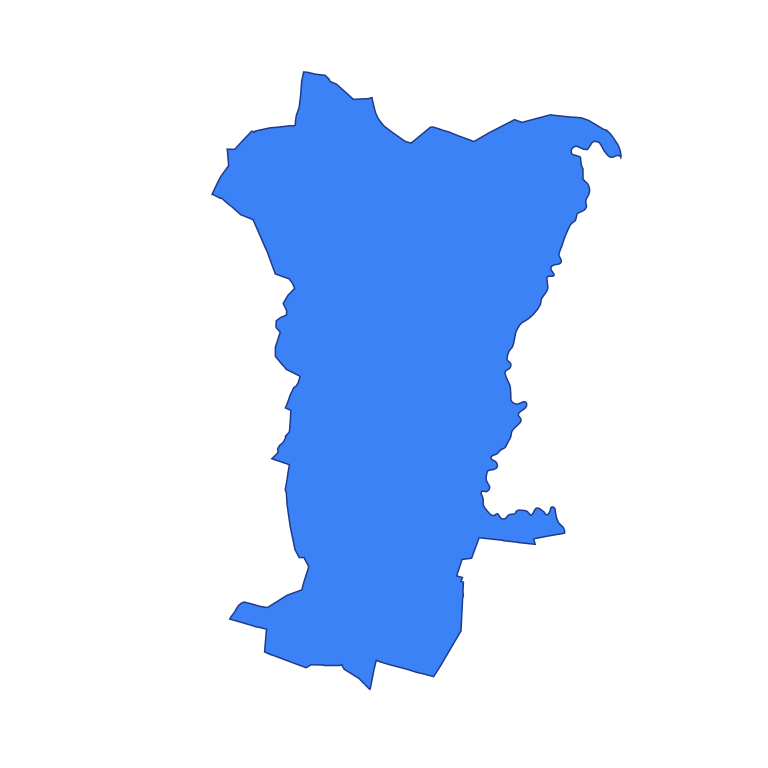 Sokolku pag., Vilanu, Latvia, rotated 192°
{"feature_id": "27541924B1096385045081", "entity_name": "Sokolku pag.", "entity_type": "district", "adm_level": 2, "iso_a3": "LVA", "parent_name": "Latvia", "parent_adm1": "Vilanu", "projection": "orthographic", "projection_center": [26.989, 56.509], "detail": "fine", "context": "isolated", "style": "filled", "palette": "blue", "viewbox_px": 768, "rotation_deg": 192, "n_neighbors": 0, "source": "geoboundaries", "source_scale": "gbopen_adm2", "svg_char_len": 6156}
<svg xmlns="http://www.w3.org/2000/svg" viewBox="0 0 768 768"><g transform="rotate(192 384 384)"><path d="M591.6,533.7L590.8,533.8L582.7,531.6L581.8,532.0L581.6,532.0L574.4,528.0L569.8,525.8L559.3,519.8L546.2,517.5L528.5,492.7L525.6,488.9L516.4,474.1L513.8,470.1L513.3,469.1L498.7,467.1L494.8,463.8L491.3,459.1L492.5,457.0L494.1,454.5L494.9,452.9L496.2,451.2L499.2,442.4L499.3,441.6L494.6,435.8L493.7,431.3L498.8,427.6L502.5,423.6L501.8,418.4L501.1,416.6L496.3,413.2L497.9,397.4L496.2,389.2L495.8,388.3L488.4,382.4L483.8,379.2L483.8,378.8L482.6,378.0L469.1,374.5L467.6,373.9L468.4,366.2L468.6,366.2L469.3,364.1L470.5,362.8L471.6,361.4L471.9,360.6L472.1,359.4L472.2,358.4L472.9,356.1L473.3,354.6L474.6,344.8L475.5,340.1L469.7,338.9L468.1,329.1L466.7,318.5L466.7,317.5L467.1,316.6L469.6,312.3L468.9,311.8L469.9,307.7L470.6,305.9L471.0,305.0L473.2,302.6L474.5,298.8L473.5,294.5L478.2,287.6L459.9,285.4L459.7,284.2L459.5,277.6L458.9,270.0L458.7,260.2L456.8,256.9L453.8,246.1L446.2,225.3L436.7,203.7L436.1,202.8L430.8,196.6L425.8,197.6L425.2,196.3L419.8,190.0L419.9,186.2L421.2,173.8L421.6,165.5L434.8,157.3L451.5,141.1L458.8,140.7L470.3,141.5L475.7,141.6L478.2,139.7L480.3,137.0L481.8,133.0L482.6,130.1L485.4,124.2L486.0,122.0L463.6,120.4L457.9,119.8L454.1,120.2L454.0,119.9L447.9,119.8L447.6,116.5L445.1,97.1L438.1,95.6L437.4,95.7L401.2,90.3L397.0,94.2L385.0,96.5L384.1,96.2L370.4,99.1L368.3,99.7L367.0,100.7L366.4,99.8L363.6,96.7L347.3,90.8L335.0,82.7L334.1,82.6L334.1,82.9L334.4,103.5L334.1,112.1L331.4,111.6L321.9,110.7L301.4,109.7L291.8,108.7L286.8,108.7L274.6,108.1L269.8,121.0L257.9,157.0L257.3,157.9L262.5,190.5L262.4,193.8L263.5,196.9L263.7,197.2L263.6,197.3L265.1,206.7L267.7,206.8L267.0,211.0L273.0,211.4L271.2,228.6L262.1,231.8L259.0,253.4L234.4,255.9L234.4,255.6L219.4,257.1L219.4,256.9L202.8,258.6L204.3,261.6L205.4,263.1L204.7,264.0L192.4,269.2L176.4,275.6L176.6,277.5L178.2,280.2L179.1,281.2L183.8,284.1L185.2,285.6L186.3,287.2L187.4,289.1L188.6,291.6L190.2,295.6L190.7,297.3L192.1,298.6L194.0,298.8L195.0,297.9L195.2,297.0L195.1,295.3L195.4,292.9L196.0,291.5L196.4,290.7L197.2,290.1L198.2,289.8L199.4,290.5L200.1,291.4L201.1,292.3L202.5,292.8L205.3,294.2L206.8,294.6L208.8,294.4L209.5,293.9L210.4,292.1L211.2,289.2L212.0,287.1L212.5,286.3L213.3,286.3L214.2,286.7L217.0,288.9L218.2,289.3L219.5,289.5L225.8,288.8L227.7,287.6L228.1,286.9L228.7,285.0L229.1,284.3L229.9,283.8L232.9,282.9L234.7,281.9L235.8,280.5L236.4,278.8L237.2,277.8L237.8,277.3L240.1,276.6L241.1,276.7L241.8,277.2L242.9,278.1L244.4,279.6L245.5,280.5L246.3,280.6L247.0,280.2L249.1,278.1L251.3,277.9L252.6,278.4L256.3,281.0L259.0,283.2L260.4,284.5L261.3,285.8L262.0,287.1L262.9,291.4L263.7,293.3L264.9,295.2L266.2,296.7L266.4,298.0L265.9,299.4L264.1,299.9L262.7,299.8L261.6,300.0L260.6,300.6L259.3,302.4L259.1,303.8L259.1,304.6L259.3,305.5L260.3,306.8L262.5,309.2L263.8,311.1L264.5,312.8L264.7,314.5L264.9,318.1L264.7,319.5L264.3,320.6L263.8,321.2L258.9,323.2L256.6,325.1L256.2,326.0L256.1,327.2L256.3,328.3L256.9,329.5L257.8,330.6L258.9,331.4L262.6,332.4L263.3,332.9L263.8,333.6L264.0,334.6L263.8,335.4L263.1,336.3L262.4,336.9L259.4,338.8L258.4,339.8L256.6,343.1L255.7,344.2L253.2,346.1L252.0,347.8L250.1,354.9L249.4,356.7L249.0,359.1L249.2,362.8L249.0,364.5L248.0,366.9L243.0,374.2L242.4,375.9L242.3,376.8L242.7,377.9L243.5,379.0L245.7,380.7L246.1,381.6L246.2,382.9L245.8,384.3L242.0,388.4L240.8,389.9L240.2,391.5L240.0,392.6L240.2,393.6L240.5,394.8L241.3,395.5L242.0,395.8L243.0,395.9L244.0,395.6L248.1,392.7L249.4,392.0L250.9,391.9L252.3,392.0L253.8,392.4L255.2,393.3L256.3,394.4L256.9,395.9L257.2,397.8L259.6,406.6L260.7,409.1L266.2,416.5L267.8,419.6L267.9,420.7L267.8,421.7L267.3,422.7L265.0,424.7L264.1,425.8L263.8,427.0L263.7,428.1L263.9,429.3L264.3,430.2L265.0,431.0L267.8,432.6L268.8,433.5L269.0,434.5L269.1,438.4L268.5,442.1L267.8,443.7L266.7,445.7L266.0,447.4L265.7,450.5L265.8,461.6L265.5,463.6L264.9,466.0L263.5,469.9L262.6,471.6L261.7,472.7L258.6,475.5L256.9,477.2L254.6,480.0L252.3,483.3L249.3,489.0L248.1,492.6L247.5,494.7L247.7,497.9L247.7,500.2L244.6,507.3L243.8,510.1L243.7,511.3L244.0,513.3L246.7,521.2L246.5,522.4L245.7,523.6L241.3,524.5L240.6,525.2L240.2,525.9L240.6,526.8L244.4,530.6L244.9,532.5L244.6,533.9L243.6,534.9L242.4,535.8L237.4,538.0L236.5,539.0L235.9,540.4L236.5,542.2L239.1,545.5L240.0,547.2L239.4,552.7L238.7,556.1L237.7,565.2L236.2,572.8L235.0,578.0L233.9,579.9L233.0,581.2L230.8,583.6L230.6,585.4L230.5,590.3L229.9,591.4L225.8,594.5L224.4,595.7L223.5,597.0L222.9,598.8L222.8,599.8L224.6,604.3L224.7,606.3L224.5,607.4L223.1,611.9L223.0,614.3L223.1,616.0L223.4,617.2L224.4,619.3L225.4,621.0L226.7,622.4L229.9,624.2L231.3,625.5L232.3,626.1L232.2,627.1L234.1,635.8L235.7,637.9L236.6,639.5L238.5,645.0L238.9,646.5L240.0,647.1L242.7,647.2L243.7,647.5L246.2,647.4L247.8,647.9L248.9,649.3L249.2,650.1L249.3,651.8L249.1,653.2L248.6,654.1L247.4,655.5L245.8,656.4L245.0,656.6L243.6,656.4L237.4,655.1L234.0,655.6L233.1,657.0L230.8,663.1L229.8,664.4L228.4,665.1L227.5,665.2L224.7,665.2L223.8,665.0L222.9,664.3L220.7,662.0L217.3,657.9L213.0,654.4L210.6,653.1L209.1,653.1L207.4,653.4L206.5,653.9L205.1,655.1L203.5,656.0L202.7,656.2L201.1,656.2L200.0,655.6L199.5,654.9L199.5,656.2L199.9,657.6L201.6,661.5L203.3,664.4L205.6,667.3L209.7,671.4L213.4,674.8L216.9,677.3L219.0,678.0L218.9,678.5L222.0,678.7L238.6,684.4L246.6,685.4L254.8,684.3L255.2,684.1L273.9,682.1L277.0,682.0L303.4,668.6L311.3,669.7L333.9,651.2L346.4,639.9L362.8,642.2L372.7,644.0L382.3,644.7L382.3,644.9L389.6,645.6L392.0,644.8L407.5,625.3L412.8,625.6L415.2,626.3L429.8,632.6L437.1,636.1L438.9,637.3L441.9,639.8L444.7,642.3L446.6,644.6L448.9,648.0L451.1,652.4L454.9,660.5L455.0,661.4L455.3,661.6L456.3,661.2L458.2,660.0L473.1,656.1L492.8,667.4L499.5,668.7L501.3,670.9L505.9,673.7L515.1,672.8L523.7,673.0L527.5,672.5L527.5,663.0L525.5,648.3L524.6,637.9L524.6,635.8L525.6,628.8L525.3,623.0L524.6,618.8L525.4,618.0L529.5,617.1L541.1,613.2L548.9,610.8L562.2,604.8L563.1,603.9L563.1,603.5L565.5,603.8L566.0,603.7L572.5,593.2L578.7,582.7L579.0,582.4L586.2,581.1L585.5,579.1L581.4,565.3L587.0,552.6L589.7,542.1L591.5,534.3L591.6,533.7Z" fill="#3b82f6" stroke="#1e3a8a" stroke-width="1.5"/></g></svg>